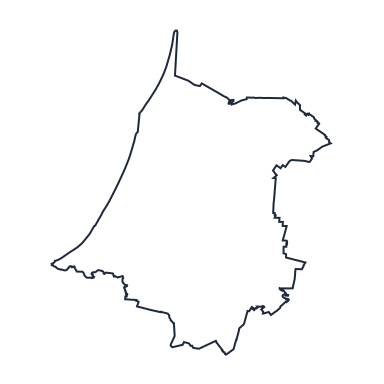 Guasave, Sinaloa, Mexico, rotated 94°
{"feature_id": "50627088B56884755613455", "entity_name": "Guasave", "entity_type": "district", "adm_level": 2, "iso_a3": "MEX", "parent_name": "Mexico", "parent_adm1": "Sinaloa", "projection": "orthographic", "projection_center": [-108.478, 25.508], "detail": "fine", "context": "isolated", "style": "outline", "palette": "slate", "viewbox_px": 384, "rotation_deg": 94, "n_neighbors": 0, "source": "geoboundaries", "source_scale": "gbopen_adm2", "svg_char_len": 5847}
<svg xmlns="http://www.w3.org/2000/svg" viewBox="0 0 384 384"><g transform="rotate(94 192 192)"><path d="M303.7,251.2L303.6,239.9L304.4,240.0L304.4,239.9L304.7,238.7L305.3,237.6L310.0,238.9L312.5,225.1L314.1,214.8L313.7,214.7L315.0,207.6L315.9,206.8L317.0,206.1L318.9,205.8L320.4,204.5L321.5,204.4L322.4,203.0L324.1,201.6L324.1,200.9L336.4,199.3L337.3,199.4L345.5,202.5L345.9,202.6L346.6,202.6L348.1,201.0L348.2,200.7L347.7,199.0L345.7,192.7L345.6,192.4L345.2,190.8L344.5,190.4L343.6,190.1L343.2,189.8L342.3,189.5L342.3,189.2L343.3,184.4L345.6,182.6L345.3,181.2L347.4,179.9L347.9,174.2L338.8,157.8L339.4,157.3L340.2,157.2L340.9,156.9L341.1,156.4L345.9,152.2L347.5,150.6L347.9,150.6L348.1,150.9L348.4,150.7L348.8,150.2L348.8,149.8L349.5,149.5L349.6,148.6L350.5,147.9L350.6,148.1L351.2,147.8L351.9,146.8L346.0,139.6L336.6,137.7L336.0,137.5L336.1,137.3L327.8,135.7L324.6,135.3L320.4,131.1L318.5,130.6L306.8,128.3L307.0,126.7L302.5,124.3L303.7,122.5L304.7,123.1L305.5,121.8L303.4,120.5L303.7,119.7L303.6,119.4L302.5,118.4L301.7,119.0L301.6,114.4L301.0,113.7L301.4,113.5L301.0,112.6L301.7,111.9L304.3,114.7L306.6,112.5L308.3,112.8L308.1,111.9L307.6,110.3L306.3,107.1L309.2,104.7L307.6,102.8L306.5,101.6L304.6,99.1L304.1,98.7L301.6,96.1L300.1,95.8L294.9,90.8L295.3,90.0L293.0,87.9L292.2,88.3L292.7,89.6L292.5,90.6L292.4,90.7L292.2,90.4L291.9,90.3L291.9,90.9L291.4,91.9L291.3,92.6L290.3,94.1L289.4,94.5L288.7,94.2L288.0,93.5L288.0,92.9L288.0,91.9L288.5,91.2L288.8,91.2L288.5,89.8L288.9,89.3L288.9,89.1L288.1,88.9L288.1,89.6L287.5,90.9L287.3,90.9L286.9,91.1L286.5,91.8L286.2,91.6L285.4,92.5L284.4,93.4L283.7,94.2L284.1,94.6L283.6,95.1L284.0,95.4L283.5,96.6L283.3,97.0L282.4,97.8L281.8,97.8L282.0,97.1L282.0,96.9L281.1,84.9L271.6,83.5L262.4,83.4L261.6,83.2L261.4,77.0L258.0,75.5L257.4,75.6L254.4,74.0L250.8,93.6L247.5,93.8L247.4,94.1L247.0,95.2L246.7,96.5L245.4,96.5L240.2,96.8L240.0,94.1L237.2,94.3L237.4,93.6L237.2,93.6L235.9,93.6L235.8,93.8L234.6,93.7L234.0,94.1L234.0,98.1L223.3,95.9L219.4,95.2L219.5,99.2L215.5,99.3L215.7,102.9L211.7,102.9L211.9,107.8L209.3,106.9L209.1,108.0L207.3,107.9L207.2,109.6L206.0,109.6L205.8,109.7L205.5,109.6L197.5,109.8L193.4,109.6L172.4,109.4L172.4,111.6L169.3,108.6L168.4,109.8L167.1,110.9L166.0,111.7L164.9,112.7L159.5,109.6L162.1,105.3L158.9,103.4L160.5,100.6L155.2,97.4L154.4,96.8L154.1,96.4L153.4,95.4L153.1,94.2L153.1,82.5L153.1,81.7L153.9,77.5L153.8,77.0L153.6,76.6L153.3,76.4L150.5,74.8L149.9,74.7L149.6,74.9L147.8,76.1L147.9,73.5L143.6,73.5L141.6,69.9L137.9,65.5L137.4,64.6L133.8,57.0L133.0,58.3L132.9,58.2L132.7,58.3L132.3,58.7L130.7,58.8L129.4,61.1L129.2,61.0L128.4,62.4L127.4,61.8L126.4,63.4L125.7,63.4L121.6,70.4L120.1,73.0L115.1,70.0L114.4,71.4L113.8,70.9L113.3,71.6L113.0,72.0L112.8,72.2L112.7,72.2L112.3,72.9L112.3,73.4L111.9,73.1L110.4,75.0L109.9,75.4L109.1,75.5L108.7,75.9L108.2,76.9L106.8,79.2L106.7,79.6L106.6,80.5L105.6,80.7L105.7,81.0L106.2,80.9L106.4,81.0L106.0,81.2L105.7,81.7L105.7,82.0L107.8,83.3L106.8,84.9L105.9,84.3L103.0,89.2L102.7,89.4L102.8,89.8L102.5,90.0L101.9,90.1L98.0,90.3L97.4,90.7L95.5,93.2L93.6,94.8L97.6,95.3L95.6,97.8L94.6,98.8L94.1,99.5L93.9,99.9L93.9,100.5L91.6,104.9L91.6,106.5L91.4,107.2L92.1,107.1L92.9,123.2L93.2,126.2L93.3,131.0L93.8,135.2L93.5,136.7L93.7,138.1L93.9,143.8L95.6,144.0L97.2,149.0L100.7,155.0L101.6,157.8L102.0,158.6L100.4,159.4L102.0,161.9L101.5,161.6L100.6,161.7L99.2,161.2L99.8,158.7L99.7,158.2L98.1,156.9L97.6,157.0L97.2,157.1L97.9,161.1L96.3,162.6L95.8,163.2L95.0,164.6L94.6,166.1L94.5,166.3L83.0,189.8L85.8,191.6L85.0,197.0L81.2,203.5L77.1,217.1L33.7,217.7L32.1,218.3L32.3,218.7L32.1,219.2L32.1,219.5L32.2,219.8L32.6,220.1L33.6,220.8L34.4,221.0L36.2,221.3L41.5,221.6L47.5,222.2L51.5,222.9L56.1,223.6L65.8,225.7L69.3,226.5L75.6,228.4L81.7,230.7L85.9,232.4L91.7,235.1L103.4,241.4L108.2,244.4L113.1,247.0L115.3,248.4L116.4,249.4L117.5,250.2L117.8,250.2L118.1,250.0L118.2,249.8L135.9,250.3L136.6,251.0L138.0,251.9L140.2,252.4L145.0,253.1L159.1,256.2L164.4,257.6L173.3,260.5L181.8,263.6L191.1,267.2L206.6,273.7L211.8,276.2L215.0,278.0L217.6,279.4L221.4,281.0L232.4,286.3L232.7,287.1L241.0,291.2L249.6,297.2L252.0,299.3L255.3,302.6L260.3,309.3L267.2,317.9L269.0,320.7L270.0,323.0L270.2,323.9L270.4,324.0L270.9,324.0L271.1,324.1L271.5,324.3L272.2,324.9L273.1,326.1L273.2,326.7L273.5,327.0L273.9,326.6L274.2,326.5L274.4,326.1L274.8,326.4L274.9,325.8L275.4,324.9L275.8,324.5L276.1,322.8L276.6,322.5L277.9,320.6L278.2,319.6L278.2,318.9L278.6,317.5L278.5,316.1L278.8,315.1L279.1,313.2L278.9,312.5L278.3,311.7L278.1,311.1L277.3,310.8L277.0,310.3L276.3,310.0L276.0,309.5L274.9,309.1L274.5,308.4L274.6,306.8L274.8,306.7L275.4,306.7L275.4,306.2L275.2,306.1L275.0,305.2L274.7,304.7L274.4,304.3L274.6,303.9L275.5,303.9L279.4,301.4L279.2,295.8L279.9,294.8L282.1,293.7L283.6,292.5L284.6,291.3L284.9,290.0L284.6,288.4L284.6,287.3L284.8,286.6L284.9,285.9L284.1,283.9L283.6,283.7L283.3,284.1L283.4,284.7L283.4,285.1L283.0,285.4L282.0,285.1L281.4,285.1L281.0,285.4L281.1,285.9L281.0,286.3L280.7,286.5L280.0,286.4L279.4,285.9L278.9,284.8L278.8,283.0L278.6,282.6L277.4,281.4L276.6,280.3L276.5,279.6L276.7,278.4L276.8,277.2L277.1,276.6L277.1,275.7L277.7,275.1L278.3,274.6L279.3,274.5L279.6,274.4L279.8,273.8L279.6,273.7L279.3,273.6L279.2,273.7L279.1,272.8L278.5,272.3L278.4,272.0L278.8,265.3L278.9,265.1L281.0,264.4L281.8,263.9L281.2,263.2L282.5,260.2L280.7,255.4L282.8,254.6L283.7,255.3L285.6,255.2L286.7,255.0L288.1,253.8L289.0,252.8L289.6,250.2L290.3,250.3L290.9,250.9L291.3,252.0L291.3,252.7L292.1,253.1L292.5,253.0L293.8,252.0L294.5,252.0L294.6,251.8L295.0,251.6L295.3,251.4L295.7,251.5L295.8,251.3L296.6,250.9L296.8,251.0L297.2,251.0L297.6,250.8L297.8,250.1L298.1,249.7L298.5,249.4L298.9,249.4L299.1,249.5L299.2,249.8L299.1,250.0L298.8,250.3L298.8,250.6L299.1,250.5L299.6,250.1L300.8,249.9L300.9,251.2L303.7,251.2Z" fill="none" stroke="#1e293b" stroke-width="2"/></g></svg>